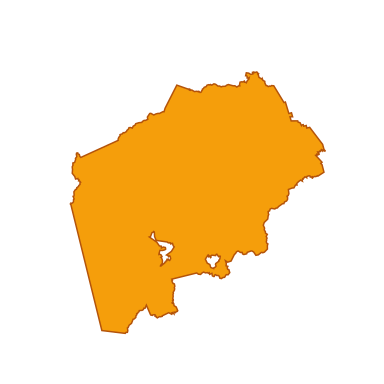 the district of Alpine, Victoria, Australia, rotated 66°
{"feature_id": "25037944B21518620554178", "entity_name": "Alpine", "entity_type": "district", "adm_level": 2, "iso_a3": "AUS", "parent_name": "Australia", "parent_adm1": "Victoria", "projection": "mercator", "projection_center": [147.028, -36.834], "detail": "fine", "context": "isolated", "style": "filled", "palette": "amber", "viewbox_px": 384, "rotation_deg": 66, "n_neighbors": 0, "source": "geoboundaries", "source_scale": "gbopen_adm2", "svg_char_len": 6047}
<svg xmlns="http://www.w3.org/2000/svg" viewBox="0 0 384 384"><g transform="rotate(66 192 192)"><path d="M128.2,74.1L127.1,76.1L127.4,77.1L126.7,78.2L126.7,79.5L125.3,80.3L124.9,81.0L122.0,81.1L120.5,80.5L118.9,81.8L117.0,81.7L117.4,82.1L114.5,84.2L111.6,83.7L111.1,83.2L110.8,84.0L109.6,83.5L108.7,84.0L108.3,86.8L107.5,86.7L107.3,88.1L108.9,88.4L108.5,90.5L106.5,91.8L105.2,93.9L107.6,95.7L108.0,94.9L108.7,94.6L110.3,95.3L110.8,94.5L110.7,93.2L112.1,94.3L112.5,95.7L114.2,98.0L113.6,98.1L113.1,99.4L112.0,99.1L112.1,100.9L111.5,101.9L111.2,103.4L113.4,105.0L114.4,105.1L114.0,106.1L114.3,108.4L112.4,109.6L111.8,111.1L108.6,115.1L108.5,117.1L109.0,118.4L107.9,121.2L107.8,122.6L106.4,123.7L105.8,125.2L103.2,126.6L102.1,128.0L102.4,130.5L101.3,131.4L101.5,132.1L100.8,132.9L100.5,134.8L101.5,136.3L101.3,138.2L102.1,139.5L102.3,140.7L103.1,141.1L103.5,142.0L104.4,142.8L104.4,144.1L102.8,144.8L103.1,145.4L102.0,146.5L101.2,149.0L98.7,150.7L98.5,152.0L97.7,152.0L97.9,152.9L97.1,153.2L96.6,152.9L96.5,153.6L88.2,162.4L104.5,182.5L107.3,184.9L106.8,185.9L107.0,190.0L106.4,190.9L106.0,193.2L106.1,195.6L103.4,197.6L103.1,198.7L105.4,202.3L107.6,202.8L107.7,205.4L107.1,206.6L107.4,208.6L108.0,209.6L107.1,212.2L106.7,215.6L107.8,217.0L107.9,218.9L109.3,220.5L108.1,221.9L107.6,223.4L108.8,224.7L109.2,226.3L110.1,227.3L110.4,229.7L109.8,230.7L110.5,231.9L110.3,234.4L111.2,234.6L112.4,236.8L113.7,238.0L114.8,238.4L115.2,279.5L113.9,280.0L111.9,279.7L110.7,280.7L109.8,280.5L109.5,281.6L110.4,282.3L112.9,282.9L113.9,284.8L114.7,284.9L117.1,287.0L117.3,288.5L117.0,288.8L117.9,289.5L119.0,289.7L120.3,291.2L122.9,292.0L126.2,293.8L130.2,292.8L132.8,293.1L133.2,291.0L133.5,291.2L134.7,290.3L135.7,291.1L136.3,290.2L137.7,289.8L137.7,290.4L139.6,291.3L140.0,292.7L140.8,293.6L141.2,295.5L142.0,295.8L142.5,296.7L142.3,297.4L143.8,299.8L147.0,301.0L148.0,302.0L147.8,302.4L150.4,302.5L150.7,303.3L152.8,304.3L153.4,305.7L153.4,306.4L153.1,306.9L153.3,306.9L153.5,308.0L154.4,307.8L281.9,330.7L294.0,310.5L293.4,309.4L293.9,308.1L292.7,307.1L289.9,306.3L289.7,305.3L288.1,303.6L287.4,300.7L284.3,297.6L284.5,296.6L283.8,294.4L282.2,293.5L281.7,292.3L280.6,292.0L280.7,291.0L280.1,290.3L279.8,289.1L278.9,288.4L279.8,285.7L279.6,284.2L278.6,283.3L279.1,282.2L276.8,279.7L287.5,279.8L288.6,278.4L288.3,277.7L289.0,275.8L289.6,275.7L290.3,276.3L291.1,275.3L291.6,275.6L292.9,274.9L292.6,272.5L293.2,271.5L293.5,269.8L293.0,269.5L292.8,262.3L295.4,260.3L295.1,260.0L295.2,259.1L294.2,259.5L294.2,258.8L295.8,258.1L295.3,258.0L295.2,257.0L294.7,256.9L295.5,256.1L294.8,254.9L295.1,254.0L294.6,253.3L290.6,253.2L288.6,254.6L286.5,254.1L285.7,255.2L285.2,255.3L285.0,254.0L283.3,253.9L283.3,253.1L282.5,252.8L281.9,253.1L279.4,251.5L278.1,251.2L277.2,250.3L276.1,250.1L274.5,248.0L273.4,247.2L272.2,247.1L271.1,246.0L268.8,245.5L267.8,246.5L265.9,246.6L264.9,246.5L264.6,245.7L263.4,245.9L267.9,220.6L269.7,219.6L270.8,217.7L270.0,215.5L269.9,213.9L271.4,212.6L271.9,210.7L272.8,210.2L272.7,209.1L274.4,209.4L274.4,206.9L276.8,207.5L277.9,206.8L278.2,206.0L277.0,204.8L277.0,204.2L278.4,203.3L278.8,202.1L279.9,201.4L282.1,201.6L283.1,200.3L282.7,198.7L283.2,196.9L281.7,194.8L281.5,194.1L282.3,192.8L281.0,190.3L277.9,189.9L277.2,190.8L276.3,190.8L275.3,190.5L274.5,189.5L273.3,190.9L271.2,189.7L268.4,189.4L270.6,188.0L271.0,184.4L266.4,178.8L265.8,177.1L264.8,175.8L264.6,174.5L264.9,173.6L266.9,172.4L267.6,170.7L269.1,171.0L270.2,170.1L270.7,167.2L269.6,166.1L269.9,162.1L270.2,161.3L271.8,160.1L275.8,159.4L276.4,157.0L275.4,153.3L275.7,152.5L276.3,152.1L276.4,150.3L274.8,146.3L271.7,145.0L270.3,143.8L269.5,144.5L267.7,144.4L266.3,143.3L265.3,143.1L264.7,142.2L262.8,142.3L261.3,140.4L259.6,141.6L258.1,141.1L256.0,141.4L254.5,140.4L251.4,140.4L249.2,138.4L247.5,133.8L244.7,132.1L243.7,131.0L242.6,131.0L240.8,130.3L240.8,128.8L239.3,127.5L239.3,126.0L241.2,123.2L240.9,122.1L241.3,120.4L240.5,118.9L239.5,114.0L240.0,112.8L238.7,111.5L238.7,109.3L237.7,107.8L236.2,107.0L234.5,106.9L234.4,105.6L233.0,104.2L228.9,102.9L229.1,99.0L229.7,97.2L227.7,94.6L228.3,93.2L226.9,93.0L225.9,90.6L225.3,88.0L226.9,86.8L225.9,86.7L225.6,85.4L224.9,85.4L224.6,83.5L224.1,83.0L224.4,82.2L225.6,81.4L224.7,81.1L224.5,80.6L224.8,78.3L225.8,77.5L226.3,77.9L226.9,77.2L227.0,76.0L228.8,76.7L227.8,75.8L227.6,74.0L228.3,72.6L228.2,70.7L228.7,70.5L227.6,63.4L220.0,62.1L218.2,62.7L217.7,61.1L208.8,64.1L208.9,63.3L208.6,63.0L209.3,62.8L209.2,62.4L208.7,62.3L209.3,61.9L209.3,61.4L208.9,61.5L209.1,60.9L208.2,60.9L208.6,60.4L208.1,60.3L206.6,60.7L207.1,59.5L206.6,58.7L207.2,58.2L206.2,57.0L206.7,57.0L206.4,56.3L207.3,56.1L206.7,55.7L207.1,55.4L207.0,54.9L208.0,53.9L208.2,54.6L208.7,54.0L208.3,53.7L206.8,54.1L201.6,53.3L180.8,58.2L180.3,61.1L177.7,60.6L177.3,63.2L175.7,63.0L175.4,64.7L175.7,65.0L172.6,65.1L171.4,66.6L170.0,66.5L167.4,72.5L163.2,71.9L164.2,69.5L160.1,68.9L159.7,71.6L147.8,70.1L147.7,71.6L128.2,74.1ZM213.2,242.7L217.5,244.3L221.6,244.4L227.6,235.0L228.8,234.4L229.3,232.9L230.5,232.6L230.1,232.2L230.9,231.8L231.0,230.7L233.4,231.0L234.9,230.6L237.9,235.0L239.2,240.9L240.4,239.7L241.5,239.8L241.2,238.5L241.8,238.1L244.3,238.6L245.3,240.0L245.5,240.3L244.8,240.9L243.6,241.0L243.3,242.3L244.5,242.7L244.4,243.7L245.1,244.3L245.1,245.3L245.7,245.7L247.0,250.6L246.7,250.9L246.0,250.0L245.0,248.0L242.4,246.8L239.6,246.6L239.0,247.0L238.8,245.7L236.9,245.8L235.6,247.0L235.6,247.6L235.1,247.4L235.0,246.9L234.1,246.6L232.3,245.0L233.4,242.8L233.8,240.3L233.5,239.3L231.9,238.9L230.6,240.6L230.7,242.7L229.0,242.1L228.0,243.7L223.5,244.6L215.7,249.3L215.8,248.0L212.8,245.0L212.9,243.4L212.6,243.1L213.2,242.7ZM270.8,203.3L268.6,205.6L265.5,205.2L263.2,207.0L258.8,207.1L256.3,203.4L256.7,203.2L256.3,202.7L257.1,202.4L257.6,203.3L257.9,203.2L257.4,202.3L259.5,201.7L259.2,201.1L258.0,201.0L257.8,199.5L259.7,196.3L258.9,195.4L258.9,194.6L261.9,194.0L261.9,192.6L262.2,192.3L264.5,193.8L265.4,195.4L266.1,195.5L267.0,199.4L267.7,200.0L269.5,200.2L270.1,201.1L270.1,202.8L270.8,203.3Z" fill="#f59e0b" stroke="#b45309" stroke-width="1.5"/></g></svg>